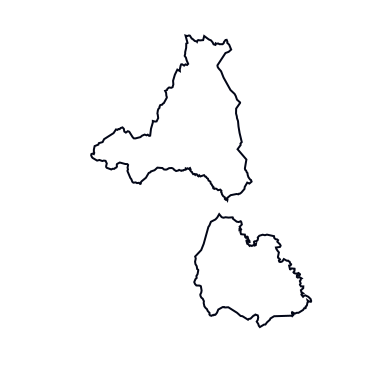 Belier, Lacs, Ivory Coast (Equal Earth projection), rotated 341°
{"feature_id": "98640826B5123145245776", "entity_name": "Belier", "entity_type": "district", "adm_level": 2, "iso_a3": "CIV", "parent_name": "Ivory Coast", "parent_adm1": "Lacs", "projection": "equal_earth", "projection_center": [-5.056, 6.922], "detail": "fine", "context": "isolated", "style": "outline", "palette": "ink", "viewbox_px": 384, "rotation_deg": 341, "n_neighbors": 0, "source": "geoboundaries", "source_scale": "gbopen_adm2", "svg_char_len": 6092}
<svg xmlns="http://www.w3.org/2000/svg" viewBox="0 0 384 384"><g transform="rotate(341 192 192)"><path d="M273.2,59.2L271.1,60.6L270.3,61.7L269.0,62.2L266.1,61.2L265.1,60.1L263.3,59.8L262.8,59.2L262.0,60.5L260.5,59.4L260.2,57.2L259.3,54.8L257.6,53.3L254.3,48.5L252.0,52.0L249.0,51.3L247.4,50.4L246.7,50.5L245.7,51.6L245.6,51.2L243.8,50.1L242.2,47.2L241.7,46.9L240.9,43.5L240.1,43.0L238.2,43.0L236.8,42.0L236.3,49.6L234.9,49.8L233.4,53.8L231.1,57.5L230.6,59.0L229.4,60.9L230.0,63.0L229.8,66.0L230.1,69.6L228.7,70.3L227.4,69.2L225.7,69.9L224.3,68.1L223.4,67.8L222.4,68.8L220.2,72.4L219.9,73.7L218.0,71.5L214.0,75.5L210.3,80.7L209.4,84.2L207.7,86.6L206.2,86.7L204.4,85.7L202.4,86.4L201.4,87.5L199.5,87.6L199.8,89.8L199.1,92.6L199.1,94.1L198.8,94.7L194.3,98.8L193.1,99.0L192.3,99.7L190.3,99.5L189.1,100.7L188.7,101.8L187.3,102.5L186.3,103.7L184.8,106.6L184.8,107.7L184.1,111.1L181.5,113.7L180.0,113.4L178.1,112.1L177.6,113.5L173.8,118.9L170.8,125.1L169.8,125.0L168.8,123.4L167.5,123.6L165.9,122.3L163.1,122.5L161.1,123.3L155.9,122.9L154.4,122.3L153.7,120.7L152.3,114.6L151.1,113.6L148.8,114.3L147.7,112.8L148.1,110.0L147.3,108.3L145.3,108.3L144.0,109.0L142.9,108.5L141.8,109.0L140.5,108.1L137.0,110.8L126.1,113.4L123.7,115.7L119.8,115.5L118.9,116.7L114.9,116.9L113.1,119.8L112.4,121.7L112.3,123.2L111.5,124.2L110.5,123.3L109.2,123.4L108.6,124.5L108.7,126.2L109.1,127.4L112.5,131.4L114.9,131.6L117.3,133.5L118.9,133.6L120.4,134.4L120.7,137.3L119.2,139.6L119.0,140.6L119.3,141.4L123.0,144.4L124.4,144.2L126.1,144.8L127.4,144.2L128.5,144.2L129.3,143.5L129.7,141.8L130.3,141.1L133.3,140.6L138.0,143.8L140.0,144.6L140.4,145.6L139.0,148.0L138.8,149.9L138.0,150.7L137.8,151.4L138.3,158.7L138.8,160.1L138.9,162.9L139.6,164.1L141.9,164.6L142.9,165.7L144.8,166.0L145.6,167.5L146.3,167.4L146.8,166.2L147.8,165.5L153.1,163.5L157.3,159.9L159.1,159.8L159.8,159.2L163.7,159.2L167.2,157.7L171.8,159.7L172.9,161.6L174.0,162.1L175.3,162.5L178.1,162.0L180.7,162.7L182.0,164.0L182.3,165.1L183.8,167.0L185.9,167.2L187.0,166.9L188.8,168.5L189.6,168.3L190.4,168.8L191.3,168.5L193.1,168.8L193.7,167.7L194.4,168.5L195.3,168.1L196.2,169.0L197.9,168.7L198.0,169.9L197.5,169.9L197.3,170.7L198.0,172.7L198.5,173.2L198.5,173.9L198.9,175.5L200.1,175.7L200.6,176.9L201.5,176.4L202.3,176.9L202.8,178.7L203.3,179.3L204.3,178.6L205.0,180.0L208.9,180.0L209.6,181.9L210.2,182.1L210.7,183.8L211.4,184.6L211.4,186.5L212.7,188.2L212.5,190.2L213.1,191.3L213.1,192.4L213.9,194.3L213.3,194.9L213.4,195.5L214.1,196.3L214.6,196.1L216.1,196.9L217.3,198.8L219.6,199.0L220.2,200.5L219.5,201.4L219.8,202.2L219.6,203.8L220.1,206.0L221.3,207.8L220.8,209.3L221.5,210.5L222.6,210.9L222.7,211.3L223.2,210.4L223.0,210.0L222.8,210.1L222.8,209.3L227.5,207.6L233.5,208.4L235.2,209.3L235.9,208.9L236.6,209.2L238.5,208.6L242.6,206.2L243.5,204.4L247.3,201.1L249.0,202.7L251.7,201.6L251.7,199.9L251.0,199.1L250.2,196.5L250.2,194.1L250.6,192.1L250.2,191.2L250.1,189.3L249.5,188.3L249.7,186.9L254.0,179.0L249.0,166.4L253.3,163.4L253.6,162.0L255.3,161.0L256.2,151.7L257.3,145.2L258.6,139.9L258.6,136.7L259.0,135.1L259.2,132.1L260.9,127.5L266.4,123.5L266.6,123.0L264.6,119.3L264.6,115.4L264.2,113.1L261.6,108.1L259.1,94.1L258.8,87.3L257.3,83.5L257.0,82.0L257.3,80.5L268.9,71.5L272.3,71.4L275.4,70.1L275.1,64.8L273.9,62.5L274.4,61.3L274.3,59.4L273.2,59.2ZM269.2,333.9L269.3,331.8L267.9,329.0L265.5,326.6L264.4,326.5L262.9,327.2L262.1,324.9L262.1,324.4L262.4,324.2L264.1,324.0L262.8,322.2L263.0,320.3L265.8,319.2L266.5,317.5L264.4,316.8L264.0,315.5L263.9,314.7L265.0,313.8L265.0,311.3L265.9,310.8L266.6,309.6L267.5,309.4L266.1,307.7L264.0,307.3L263.5,306.5L264.0,305.2L264.7,305.1L266.1,305.7L267.2,305.3L267.3,304.8L266.3,303.2L264.8,303.4L263.0,302.6L262.0,301.7L261.8,300.9L263.3,299.9L263.5,298.7L264.0,298.3L264.0,297.9L261.3,296.7L260.0,297.2L259.5,296.9L259.9,293.2L261.4,293.4L262.2,292.6L261.6,291.3L261.6,289.7L260.6,288.7L260.6,288.3L259.1,287.7L257.0,285.3L255.0,286.9L254.0,287.1L252.5,286.9L251.8,286.2L251.9,285.0L253.2,284.5L253.0,283.6L252.0,282.2L252.1,281.4L254.5,277.4L253.8,275.5L253.2,273.1L253.3,271.8L257.2,272.6L258.3,271.7L258.2,270.3L256.5,266.8L257.7,265.6L257.1,264.6L255.6,263.8L254.8,262.1L255.2,260.5L249.0,256.7L246.9,256.6L244.9,255.4L241.4,255.3L239.4,256.4L239.3,257.5L238.2,259.0L236.8,259.4L235.0,259.0L234.4,259.3L233.9,261.9L234.4,262.3L235.6,261.9L235.0,263.0L233.5,263.0L232.9,262.2L231.0,262.5L230.1,261.6L229.0,261.8L228.2,259.7L227.4,259.0L227.5,256.5L227.7,255.6L228.3,255.5L229.1,256.4L229.6,258.0L230.1,258.1L230.4,256.9L229.8,255.3L230.0,252.5L229.8,252.3L228.5,253.1L228.0,252.8L227.9,252.3L228.4,252.1L228.4,251.7L227.7,251.5L228.1,249.5L224.7,247.9L224.7,245.9L225.6,244.1L224.4,243.7L224.9,242.4L226.1,242.8L225.7,240.4L228.5,239.0L228.8,236.6L228.5,235.5L226.4,235.6L224.6,234.6L222.2,230.9L222.0,230.5L222.3,229.4L221.9,229.1L218.2,228.1L215.5,226.8L213.5,226.6L212.4,225.9L211.8,225.3L210.5,221.8L207.5,224.4L205.2,225.6L200.2,226.3L197.5,229.4L196.1,230.4L186.2,244.8L181.8,249.9L174.0,254.0L173.9,256.1L172.2,258.9L171.8,261.3L172.3,263.7L171.8,266.5L172.5,267.5L172.3,268.3L170.5,271.5L168.8,272.9L168.4,274.8L166.9,275.5L164.8,277.9L164.9,279.9L165.7,281.8L168.8,283.0L169.7,284.0L169.0,288.3L168.0,290.1L166.5,291.6L166.2,292.9L166.4,294.8L167.4,296.4L167.7,299.1L166.9,300.8L166.5,304.2L167.2,306.3L168.0,307.6L168.1,309.5L169.2,312.1L168.6,313.5L169.0,314.6L170.1,315.4L171.2,315.1L171.7,315.5L173.0,315.2L173.5,315.7L174.3,315.6L176.3,314.3L178.6,311.7L183.5,310.8L184.9,311.2L185.1,312.3L185.2,311.8L188.8,312.8L195.3,320.9L197.6,325.0L199.3,325.9L203.4,331.0L204.4,330.5L206.1,330.8L210.0,328.9L211.0,329.0L212.0,328.5L214.0,330.1L213.8,332.1L212.5,334.4L211.0,335.6L211.7,338.4L211.6,340.2L212.2,341.8L217.0,340.8L218.3,341.2L220.4,339.7L224.1,338.1L225.0,337.1L229.2,336.2L246.0,341.4L246.3,342.0L247.9,341.2L248.1,340.6L247.0,339.5L247.3,338.4L247.6,338.2L249.7,340.5L251.6,340.3L253.4,340.9L258.6,339.7L260.4,338.4L261.5,338.8L261.9,338.5L262.2,337.3L263.6,336.8L265.2,334.1L265.9,333.8L266.0,332.2L266.9,333.5L268.6,334.5L269.2,333.9Z" fill="none" stroke="#020617" stroke-width="2"/></g></svg>